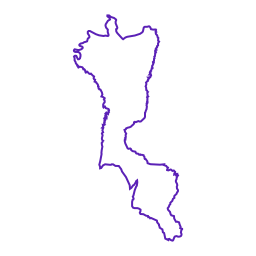 Maisa-Phoka, Leribe, Lesotho
{"feature_id": "5366337B86145787410070", "entity_name": "Maisa-Phoka", "entity_type": "district", "adm_level": 2, "iso_a3": "LSO", "parent_name": "Lesotho", "parent_adm1": "Leribe", "projection": "mercator", "projection_center": [28.2, -28.776], "detail": "fine", "context": "isolated", "style": "outline", "palette": "violet", "viewbox_px": 256, "rotation_deg": 0, "n_neighbors": 0, "source": "geoboundaries", "source_scale": "gbopen_adm2", "svg_char_len": 5804}
<svg xmlns="http://www.w3.org/2000/svg" viewBox="0 0 256 256"><path d="M178.6,174.8L177.3,175.4L176.1,175.4L176.1,174.5L176.6,173.9L176.3,173.9L174.2,174.6L174.3,173.5L175.1,172.4L175.1,171.8L174.7,171.7L174.0,170.6L173.4,170.5L172.4,170.9L171.0,169.6L170.6,169.5L168.4,170.4L167.1,170.1L167.1,169.6L168.0,167.6L167.0,167.0L166.2,165.9L163.7,165.0L164.0,164.3L160.0,164.7L150.4,164.2L147.6,163.2L147.3,161.3L145.6,159.0L144.9,159.0L144.6,158.6L144.4,156.7L143.5,155.6L143.5,155.2L141.9,154.8L140.3,154.9L140.0,154.4L139.1,154.7L138.1,153.7L136.4,153.5L135.9,152.9L135.4,151.7L132.5,151.1L131.1,149.9L131.0,149.1L130.3,148.5L128.4,148.8L127.6,148.3L125.3,143.4L124.7,140.9L124.8,139.7L125.4,139.7L125.6,138.1L125.2,137.8L125.8,136.9L125.6,135.0L126.2,133.7L125.2,132.1L124.5,129.9L125.8,129.3L126.1,128.4L127.7,127.7L129.8,127.2L131.3,126.4L131.7,125.8L133.3,124.5L134.0,123.6L134.0,122.3L134.9,121.8L135.8,122.2L138.3,121.1L139.8,121.6L140.9,121.4L144.5,118.0L145.0,116.8L145.0,112.8L145.2,112.7L146.0,110.2L146.5,109.3L146.9,106.4L146.5,105.2L146.8,104.7L146.6,103.4L147.0,102.8L147.4,102.9L147.6,102.1L147.5,101.5L147.1,101.4L147.5,99.8L147.3,99.3L147.5,98.0L147.1,97.3L148.1,96.5L147.5,96.0L147.7,95.7L147.3,93.4L147.3,92.8L147.9,92.0L147.4,91.7L147.1,90.6L146.3,90.1L146.1,87.3L145.6,86.4L146.3,84.6L146.3,83.5L146.0,82.6L147.3,81.2L147.8,81.0L147.8,80.2L148.1,80.0L148.0,79.5L148.2,79.0L148.9,78.7L149.2,78.2L148.4,77.5L150.2,77.3L150.4,77.0L150.4,76.1L151.1,75.6L150.9,74.6L150.5,74.4L150.5,74.0L149.7,74.2L150.1,73.6L149.8,72.5L150.2,71.6L150.6,71.7L150.7,71.1L151.1,70.9L151.0,70.4L151.5,69.6L151.7,68.3L152.5,68.2L152.5,67.3L152.1,66.7L152.2,65.7L153.1,64.6L153.2,63.6L152.9,62.0L153.3,61.6L153.7,61.8L153.6,61.3L154.0,60.9L154.0,58.8L154.5,58.4L154.3,56.6L154.9,56.2L155.2,53.8L155.1,53.6L156.0,52.2L155.8,52.0L155.2,52.1L155.1,50.9L155.2,50.6L155.7,50.5L155.7,49.4L156.4,49.5L156.1,48.3L156.9,47.5L156.8,47.3L157.1,47.0L157.0,46.2L158.1,45.4L158.0,43.3L159.1,41.6L158.1,40.7L158.3,37.9L157.7,37.5L157.3,35.8L156.8,34.8L156.1,34.3L155.7,33.0L155.7,32.4L156.2,32.0L155.6,31.4L156.1,29.9L155.8,29.5L153.1,29.6L151.0,29.2L150.3,27.4L149.5,26.5L149.0,26.3L147.1,26.8L144.8,26.8L144.2,27.1L143.7,27.8L143.0,31.1L142.4,32.2L140.1,33.8L134.9,35.5L127.2,36.8L125.4,37.5L123.1,39.2L122.2,38.5L117.3,33.1L116.3,31.5L116.1,29.2L117.1,28.6L117.3,27.4L115.7,23.4L115.6,21.8L116.2,20.0L116.0,19.5L114.1,18.0L111.0,17.0L109.0,15.4L107.4,15.4L107.3,16.1L107.7,16.6L109.6,18.0L110.0,19.5L107.9,20.8L105.7,24.3L105.5,25.7L106.1,27.6L107.8,29.6L107.7,32.0L108.6,35.0L108.4,35.7L107.9,36.0L105.4,35.6L103.5,36.0L99.0,35.3L95.9,34.2L89.9,31.0L88.6,31.0L87.8,31.8L87.8,33.5L89.1,35.5L89.5,36.9L89.2,37.5L87.8,38.6L87.1,41.3L85.5,41.9L84.3,42.1L83.0,43.0L80.5,43.6L79.4,44.6L79.3,45.1L79.7,45.8L82.0,46.6L82.5,47.0L82.7,47.4L82.5,48.3L81.2,49.3L79.1,50.0L77.8,50.0L74.7,49.3L74.3,49.6L73.9,50.4L74.1,51.3L75.1,51.9L78.5,52.0L79.9,53.2L80.5,54.6L80.5,56.1L80.0,58.3L79.2,59.1L78.1,59.3L77.8,59.0L76.3,55.9L75.3,55.7L74.6,55.9L74.0,56.6L74.6,58.0L74.6,60.4L75.6,62.1L75.9,63.5L76.7,64.2L77.2,65.5L77.6,65.3L78.0,65.8L78.4,66.4L78.1,67.0L78.4,67.5L79.9,66.7L82.4,67.3L83.0,68.1L83.0,68.7L83.4,69.4L84.3,69.2L84.9,69.9L85.5,72.2L85.8,72.6L86.5,72.3L86.7,71.6L87.2,71.6L89.2,73.7L90.1,74.0L90.9,73.6L92.9,75.7L94.1,76.5L93.6,78.2L94.0,79.1L95.1,79.7L94.6,81.6L96.2,82.2L96.6,83.3L97.2,83.6L98.0,85.0L98.0,86.4L98.6,86.6L98.5,87.5L98.6,88.5L99.3,88.9L99.3,89.3L100.5,89.7L101.9,92.4L102.4,94.5L101.4,96.5L103.0,97.0L104.7,98.2L104.4,99.0L103.9,99.4L104.7,100.9L104.6,102.4L103.8,103.2L103.2,104.5L103.2,106.9L103.5,107.4L104.4,106.4L104.9,106.4L105.7,108.1L108.5,109.0L109.1,110.2L109.0,110.6L108.4,110.9L108.4,111.3L108.9,112.1L108.3,112.7L108.1,114.0L107.5,113.6L106.4,114.1L106.3,113.3L106.5,112.8L106.3,112.6L105.3,113.8L106.2,115.1L105.5,115.7L106.5,116.5L106.2,116.9L106.4,117.3L106.0,117.4L105.7,117.0L105.9,116.4L105.6,116.3L104.5,118.0L105.3,118.1L105.1,117.5L105.3,117.4L106.3,118.6L105.6,118.8L105.1,119.7L104.5,119.6L104.4,121.2L104.8,121.2L104.2,122.4L104.7,122.9L103.8,124.2L104.5,124.7L103.3,125.4L102.9,125.2L103.2,126.8L102.2,127.8L103.2,128.1L102.4,130.3L103.1,132.3L102.4,132.7L101.9,133.5L102.6,135.2L101.9,138.3L102.0,139.3L102.4,140.2L103.1,140.8L102.6,141.2L102.4,142.3L101.7,143.0L102.0,145.3L102.4,146.6L101.7,150.2L101.4,153.1L101.6,153.9L100.2,161.3L99.3,164.7L100.1,166.8L100.1,168.3L101.2,168.0L103.0,165.4L105.1,164.3L109.9,164.8L111.0,164.8L111.7,164.3L113.0,164.3L115.4,165.9L118.8,166.0L121.2,169.2L122.0,171.5L126.0,177.1L129.7,185.2L130.0,188.8L131.3,187.9L133.1,185.4L134.2,184.8L135.8,182.2L136.1,181.2L137.1,180.4L137.3,182.3L136.8,185.7L136.1,186.7L134.7,190.3L133.4,195.7L132.8,196.6L133.6,198.5L133.4,199.4L132.6,199.8L132.1,201.9L132.1,206.2L133.1,207.7L134.4,208.1L137.3,208.1L138.9,208.6L140.5,209.6L140.5,211.0L139.8,212.8L140.5,214.0L143.4,214.2L146.0,215.7L148.0,216.0L148.2,217.2L149.4,217.2L150.1,218.3L151.1,218.0L156.9,220.6L157.2,222.4L159.0,224.5L159.0,225.5L159.5,226.4L159.7,227.7L162.4,229.4L162.9,232.3L164.1,233.0L165.3,238.6L168.2,240.0L168.3,239.1L169.5,238.9L170.3,239.8L172.2,240.6L172.7,240.6L173.2,240.1L174.4,237.1L175.1,236.4L176.6,236.1L178.1,236.7L179.5,236.6L180.4,236.3L181.1,235.8L181.5,234.8L181.5,234.0L180.9,232.6L181.4,229.8L182.1,229.4L182.1,228.8L180.2,228.1L180.6,226.8L179.5,224.1L179.1,222.4L177.3,221.7L176.0,221.8L174.2,218.5L174.0,216.1L171.3,215.3L170.6,214.2L170.0,211.9L168.0,209.7L167.7,208.2L168.9,206.7L169.3,205.2L170.3,204.2L170.3,202.8L172.3,200.9L172.9,199.0L174.4,197.8L174.2,197.0L174.4,195.9L176.6,193.8L177.0,192.4L177.8,191.6L178.0,190.8L177.8,189.7L177.0,188.6L176.8,186.7L177.3,185.2L177.0,183.9L175.9,181.7L175.9,180.5L176.6,179.0L176.6,177.9L177.6,175.8L178.6,174.8Z" fill="none" stroke="#5b21b6" stroke-width="2"/></svg>